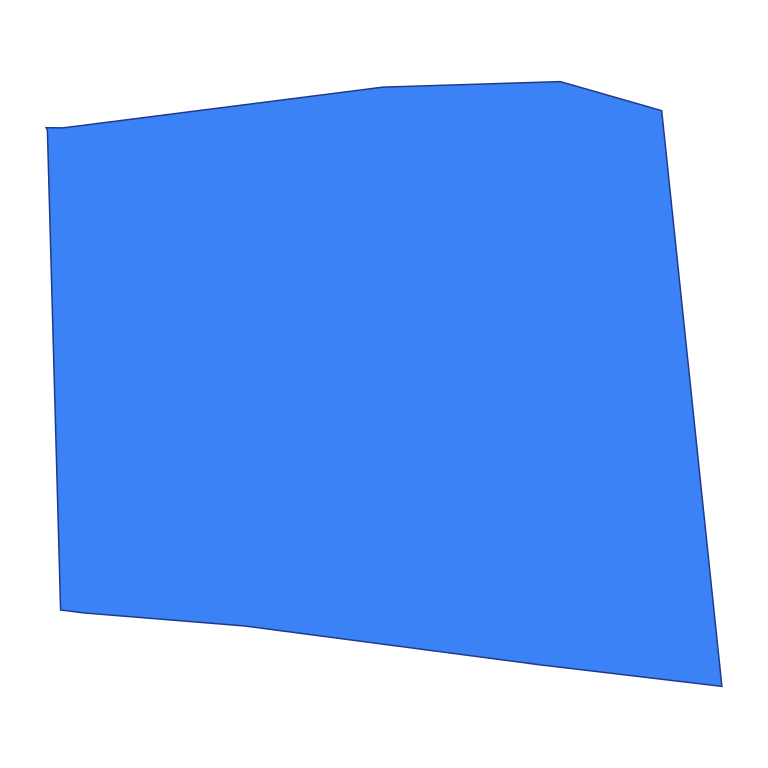 34, Ad Dawhah, Qatar (Robinson projection)
{"feature_id": "91078587B88603978758954", "entity_name": "34", "entity_type": "district", "adm_level": 2, "iso_a3": "QAT", "parent_name": "Qatar", "parent_adm1": "Ad Dawhah", "projection": "robinson", "projection_center": [51.479, 25.313], "detail": "fine", "context": "isolated", "style": "filled", "palette": "blue", "viewbox_px": 768, "rotation_deg": 0, "n_neighbors": 0, "source": "geoboundaries", "source_scale": "gbopen_adm2", "svg_char_len": 292}
<svg xmlns="http://www.w3.org/2000/svg" viewBox="0 0 768 768"><path d="M60.6,610.0L84.4,613.0L244.6,626.0L540.3,664.9L721.9,686.4L661.7,110.7L660.6,110.4L652.7,108.1L560.2,81.6L383.0,87.1L62.7,127.9L46.1,127.7L47.4,130.2L60.6,610.0Z" fill="#3b82f6" stroke="#1e3a8a" stroke-width="1.5"/></svg>